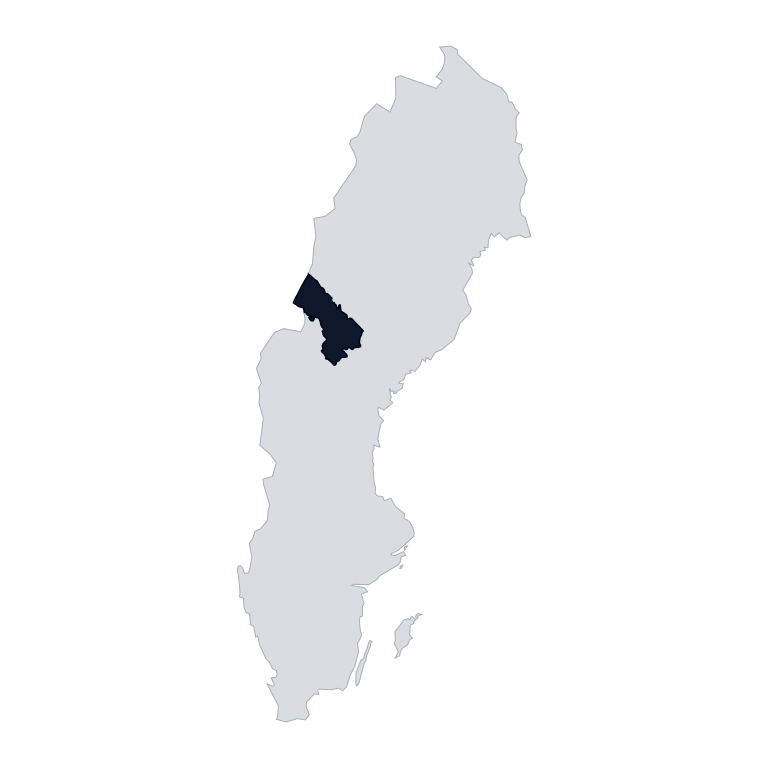 location of Strömsund, Jämtland, Sweden
{"feature_id": "70781695B21663414086588", "entity_name": "Strömsund", "entity_type": "district", "adm_level": 2, "iso_a3": "SWE", "parent_name": "Sweden", "parent_adm1": "Jämtland", "projection": "mercator", "projection_center": [15.173, 64.234], "detail": "fine", "context": "in_parent", "style": "filled", "palette": "ink", "viewbox_px": 768, "rotation_deg": 0, "n_neighbors": 0, "source": "geoboundaries", "source_scale": "gbopen_adm2", "svg_char_len": 7623}
<svg xmlns="http://www.w3.org/2000/svg" viewBox="0 0 768 768"><path d="M242.6,568.0L244.5,573.6L248.4,572.9L249.9,568.8L251.9,556.9L249.2,543.4L252.7,538.8L254.9,531.3L260.3,529.1L267.4,520.3L268.1,511.3L269.7,504.7L263.5,484.3L263.1,479.2L272.4,476.5L276.3,462.8L269.9,453.9L259.9,445.4L263.3,418.2L259.0,403.3L259.6,396.9L258.9,387.1L261.4,383.1L256.4,368.5L261.2,358.4L260.4,353.2L274.3,332.5L283.6,328.6L300.7,331.8L304.8,323.5L304.9,319.0L303.3,308.4L293.7,302.2L304.2,282.9L312.4,263.9L314.0,245.1L315.9,237.0L313.8,218.4L325.1,216.3L335.1,208.5L333.7,198.2L355.8,165.8L356.5,160.0L354.9,154.4L349.6,144.2L351.1,139.5L357.0,136.8L359.9,132.2L364.4,116.3L376.6,103.7L390.0,112.1L395.9,97.9L395.5,77.8L400.4,75.7L436.3,88.4L442.4,80.9L436.3,77.0L442.4,68.8L444.2,63.8L444.9,57.9L444.6,54.7L439.7,47.1L451.1,46.1L457.2,49.7L457.8,54.3L482.1,78.3L501.4,87.7L506.9,94.4L508.9,101.7L511.9,102.1L515.4,109.0L519.2,112.8L516.1,117.5L516.0,128.2L517.0,133.1L515.0,142.2L521.3,144.4L522.2,149.9L518.9,155.4L519.2,161.5L527.1,179.9L524.9,185.8L524.3,193.3L520.6,198.7L519.9,204.3L520.5,211.5L521.7,215.0L525.2,217.4L530.8,236.4L524.8,237.7L520.3,235.1L509.7,237.4L507.0,240.2L499.0,232.8L494.3,237.0L491.2,233.3L488.7,239.4L487.9,247.8L484.1,247.1L485.5,250.2L480.4,251.3L480.0,252.6L481.0,254.7L479.4,257.2L472.4,258.1L471.4,260.8L473.4,264.0L473.3,266.0L468.9,263.0L471.9,269.0L472.5,273.3L462.7,290.2L465.9,294.7L468.5,304.2L471.3,308.5L470.1,312.8L460.0,323.3L454.2,339.3L441.6,349.8L435.1,352.4L430.7,359.9L425.8,357.6L425.6,361.8L422.4,359.2L419.8,365.7L415.2,371.2L410.3,370.2L409.8,371.2L411.3,372.8L405.6,374.2L403.8,379.9L399.6,381.5L398.9,383.3L403.2,383.7L402.3,388.3L397.5,390.6L395.7,393.5L393.6,393.5L394.0,391.2L390.8,391.3L389.8,388.7L389.2,389.4L391.3,396.9L389.7,399.9L392.7,402.8L383.9,410.2L378.6,407.3L377.8,409.6L379.0,415.8L383.6,420.7L380.8,424.0L377.8,438.4L379.8,447.1L373.7,445.2L374.2,448.4L372.2,452.3L373.0,457.8L372.4,461.4L373.8,464.7L373.0,466.3L373.9,481.5L375.6,488.0L375.0,493.2L377.4,495.9L382.7,496.5L384.2,500.8L390.9,498.3L395.5,506.6L404.5,513.7L404.0,518.2L409.6,521.6L412.9,527.8L414.2,532.9L413.8,536.1L404.9,544.6L398.1,550.3L391.1,553.8L391.4,555.1L394.9,555.7L403.4,551.6L405.8,555.2L401.2,556.9L400.3,561.7L398.3,564.8L379.6,575.8L377.1,579.2L368.8,584.7L353.9,584.3L351.6,585.5L364.5,587.7L367.6,591.7L361.4,594.2L364.1,603.7L362.5,606.0L362.4,616.3L360.2,616.5L359.3,620.8L360.4,631.1L361.4,634.0L361.0,636.9L357.5,643.8L358.6,652.0L354.6,666.9L350.1,675.4L346.6,686.7L342.8,690.7L338.3,688.2L331.5,689.7L319.2,689.2L317.7,690.3L318.6,694.4L314.2,693.8L306.4,702.5L306.2,706.7L309.3,714.7L305.5,719.9L297.2,718.7L286.3,721.9L276.4,719.3L277.7,716.5L278.4,705.9L267.1,684.0L272.4,686.2L274.5,685.1L271.2,677.9L275.8,677.4L277.2,674.8L276.4,670.6L272.6,668.8L269.4,662.2L265.9,658.7L259.9,645.4L257.6,636.2L255.6,637.1L253.7,626.4L250.4,624.8L249.7,614.0L246.3,612.8L244.0,607.8L243.6,598.3L239.5,597.0L240.0,592.4L238.6,575.5L237.2,570.1L238.3,566.2L240.5,565.8L242.6,568.0ZM416.2,619.8L414.3,620.8L413.2,623.8L410.2,625.3L409.7,634.7L412.4,638.3L409.6,639.8L407.7,644.8L402.6,648.1L400.6,651.2L399.6,655.8L395.2,658.1L398.3,651.4L394.2,643.5L395.3,640.7L395.0,631.6L404.0,620.0L408.2,618.6L410.0,619.9L410.9,617.1L412.2,616.4L416.2,619.8ZM358.7,684.0L356.5,685.9L355.8,683.2L356.0,672.6L361.0,659.9L363.2,658.9L369.2,641.6L369.9,640.5L372.0,641.5L370.4,643.2L370.5,646.2L366.7,655.5L365.6,661.4L364.3,662.9L358.7,684.0ZM418.0,616.1L417.6,618.8L415.3,616.6L417.5,613.6L421.9,614.4L418.0,616.1ZM407.6,546.0L404.7,550.3L404.2,548.5L404.8,546.4L407.6,546.0ZM401.3,568.4L399.8,568.6L400.8,565.7L402.8,565.0L401.3,568.4Z" fill="#d9dde1" stroke="#a8b0b8" stroke-width="1"/><path d="M317.4,281.6L317.0,280.9L315.8,280.4L315.2,279.8L314.2,279.1L312.1,277.2L310.5,275.6L309.7,275.0L309.3,274.7L308.7,274.4L308.4,274.1L308.1,275.3L307.5,276.2L305.0,280.3L303.2,283.4L302.3,285.1L301.4,286.7L300.4,288.7L298.9,291.7L297.2,295.0L295.8,297.3L294.8,299.4L294.2,300.7L293.9,301.6L293.7,302.0L293.5,302.4L293.5,302.9L293.8,303.3L294.3,303.6L295.3,304.1L296.3,304.6L297.1,305.2L297.7,305.9L298.5,306.2L299.2,306.7L299.7,306.9L300.4,307.0L300.9,307.1L301.5,307.2L302.0,307.4L302.7,307.7L303.2,307.7L303.5,307.8L303.7,308.4L303.9,309.5L304.2,311.3L304.4,312.3L304.9,312.1L305.4,312.3L305.8,312.7L306.0,313.1L306.4,313.8L307.0,314.5L307.6,315.0L308.4,315.5L310.0,315.7L311.0,315.7L311.8,316.0L312.6,316.3L313.6,316.4L314.6,316.8L315.9,317.2L316.8,317.7L318.2,317.8L318.8,318.2L319.4,319.7L319.9,320.5L320.3,321.9L320.6,323.0L320.7,324.1L321.0,325.0L321.4,325.9L322.0,327.2L322.7,327.6L323.1,328.4L323.5,329.0L323.6,329.8L322.8,330.7L322.3,331.3L322.7,332.4L322.9,333.1L323.0,334.2L323.4,334.8L323.6,335.0L323.7,335.7L324.1,336.3L324.5,336.5L325.0,337.0L325.3,337.5L325.7,337.8L326.2,338.2L326.7,338.9L326.6,339.2L326.6,340.0L326.2,340.6L325.6,341.1L325.1,341.5L324.4,342.3L323.7,343.1L323.1,343.6L322.9,344.3L322.8,345.4L322.3,345.9L322.3,346.4L322.7,347.0L322.8,347.6L322.9,348.8L323.0,350.1L322.4,350.3L321.7,350.4L321.5,350.8L321.6,351.3L321.8,351.7L322.5,352.6L323.0,352.9L323.4,353.2L323.9,353.8L324.5,354.4L324.8,354.9L325.0,355.4L325.3,356.0L325.7,356.4L326.3,357.0L326.2,357.5L325.8,357.8L325.6,358.5L325.9,358.9L326.7,359.0L327.6,359.1L328.1,359.4L328.8,359.9L329.2,360.5L329.7,360.7L330.6,361.6L331.3,362.0L331.9,362.8L332.5,363.2L332.9,363.7L333.3,364.3L333.7,365.0L334.2,365.3L335.0,365.2L335.6,364.6L335.8,364.0L336.2,363.4L336.5,362.5L336.9,361.6L337.3,361.3L338.2,361.0L338.7,361.0L339.2,360.4L339.6,360.0L339.8,359.1L340.6,358.6L340.8,358.2L341.4,357.6L341.9,357.1L342.1,357.0L342.6,357.2L343.1,357.3L343.8,357.4L345.4,357.2L346.3,356.8L346.8,356.9L347.0,356.3L347.0,355.7L346.7,354.6L345.8,353.7L345.1,353.1L344.5,352.3L344.1,351.6L343.3,351.0L342.7,350.7L342.2,349.9L342.5,349.4L343.3,349.1L343.7,348.8L344.4,348.7L345.2,349.1L345.3,349.4L345.7,349.5L346.4,349.5L347.2,349.3L347.5,348.8L348.1,347.8L348.5,347.4L349.2,347.4L349.7,347.8L350.1,348.0L350.7,348.6L351.2,348.8L351.7,349.3L352.2,349.5L352.9,349.3L353.3,348.7L353.7,348.2L354.0,348.0L354.6,347.6L355.1,347.4L356.3,347.4L358.0,347.4L358.9,347.3L359.5,346.9L360.0,346.7L360.5,346.6L360.6,345.9L360.4,344.8L360.0,344.3L359.6,343.4L359.5,341.9L359.3,341.1L359.8,339.9L359.7,338.5L360.2,337.5L360.7,336.4L361.0,335.5L361.4,335.1L361.7,333.6L362.2,332.3L363.2,331.0L362.5,330.0L361.2,328.7L358.0,325.2L355.5,322.8L353.3,320.3L351.9,318.9L351.2,318.4L349.9,318.2L349.2,318.6L348.2,319.1L347.6,319.0L347.2,318.4L347.2,317.0L346.9,315.2L346.3,314.5L345.4,314.0L344.5,313.4L343.4,312.7L342.7,312.2L341.8,311.8L341.1,311.3L340.9,310.1L340.7,308.7L340.4,307.6L340.4,305.8L340.2,305.0L339.8,304.8L339.0,305.3L338.6,306.3L338.8,308.5L338.4,309.3L337.8,309.3L337.3,308.9L337.1,307.6L336.5,306.7L336.3,305.4L335.8,304.8L335.1,304.1L334.5,303.8L334.1,303.4L334.1,302.6L333.1,302.5L332.6,302.1L332.2,301.5L331.9,300.8L331.5,300.5L330.5,300.2L330.3,299.3L331.0,299.0L331.9,298.7L331.7,297.6L331.1,297.3L330.4,296.9L329.8,295.9L329.1,295.1L328.1,294.3L327.2,293.6L326.5,293.6L325.3,293.5L325.0,293.0L324.9,291.9L324.6,291.0L324.3,289.9L323.9,289.3L323.0,288.3L321.8,287.6L320.9,287.1L320.3,286.5L319.4,285.0L318.9,284.1L318.3,283.0L317.5,281.9L317.4,281.6ZM312.5,317.9L311.9,317.8L311.6,317.6L311.2,317.2L310.8,317.1L309.8,317.1L309.3,317.2L308.9,317.7L309.1,318.1L309.3,318.5L309.5,318.7L309.9,319.1L310.0,319.5L310.4,319.9L310.9,320.4L311.5,320.8L312.5,320.9L313.3,320.7L313.6,320.2L313.7,319.8L313.9,319.2L314.2,318.8L314.3,318.2L314.1,318.0L313.6,317.8L313.0,317.8L312.5,317.9Z" fill="#0f172a" stroke="#020617" stroke-width="1.5"/></svg>